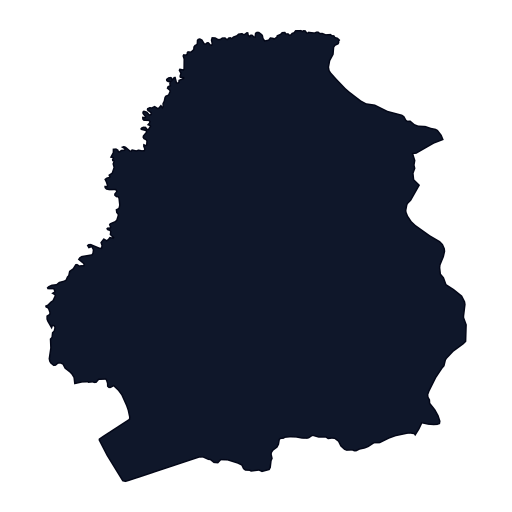 Gemena, Équateur, Democratic Republic of the Congo (Mercator projection)
{"feature_id": "63176286B43464771754704", "entity_name": "Gemena", "entity_type": "district", "adm_level": 2, "iso_a3": "COD", "parent_name": "Democratic Republic of the Congo", "parent_adm1": "Équateur", "projection": "mercator", "projection_center": [19.592, 3.435], "detail": "fine", "context": "isolated", "style": "filled", "palette": "ink", "viewbox_px": 512, "rotation_deg": 0, "n_neighbors": 0, "source": "geoboundaries", "source_scale": "gbopen_adm2", "svg_char_len": 5913}
<svg xmlns="http://www.w3.org/2000/svg" viewBox="0 0 512 512"><path d="M165.9,96.2L165.1,97.4L164.3,101.2L163.1,103.5L163.2,106.4L162.3,107.8L160.9,105.7L158.9,108.1L157.8,108.6L154.6,106.6L151.6,108.1L149.9,107.7L147.7,108.7L147.5,109.5L147.9,110.3L151.0,112.6L151.3,113.6L150.7,114.8L149.2,114.9L146.8,112.2L143.9,111.3L143.0,112.1L143.1,113.5L145.7,116.7L145.3,117.7L142.8,117.4L142.9,119.1L143.9,120.2L148.9,120.4L150.0,121.5L149.7,122.9L148.1,124.7L150.3,125.6L150.5,126.4L148.4,129.6L147.0,129.4L145.5,127.4L143.4,127.3L141.9,127.9L141.1,128.8L141.3,129.3L145.6,130.4L146.4,131.0L146.6,132.2L143.5,135.9L143.2,137.2L144.0,138.6L146.4,139.8L147.0,141.1L146.7,145.0L145.7,145.6L143.9,144.8L143.8,146.2L144.9,149.1L144.3,150.7L141.9,150.9L138.5,150.2L136.3,151.0L132.1,150.0L131.2,151.3L129.8,151.0L125.5,147.3L123.8,146.7L122.5,147.2L125.0,148.7L125.1,149.5L124.3,150.3L121.4,150.5L119.1,152.2L118.4,151.8L117.8,150.2L116.0,149.1L113.4,149.3L113.4,152.6L111.0,157.1L113.3,157.6L113.5,158.2L112.6,159.6L112.8,160.6L114.0,160.6L114.2,161.2L113.2,163.9L114.2,167.4L112.3,173.1L109.2,175.2L110.0,176.7L109.5,177.4L106.8,178.2L105.2,179.4L106.5,182.1L107.5,185.3L107.2,186.6L105.1,186.5L105.2,187.6L106.5,189.0L109.4,189.6L115.7,189.5L117.0,191.4L114.9,194.0L114.9,195.2L116.5,196.6L118.4,196.8L119.1,198.5L119.8,205.0L119.3,207.6L118.6,208.7L116.4,209.8L116.8,212.5L118.2,214.1L118.3,215.5L116.9,220.1L115.3,221.7L110.3,223.8L109.7,224.7L110.7,227.1L110.3,228.0L107.6,228.2L107.1,228.8L108.0,229.8L109.8,230.2L110.8,231.5L110.4,234.5L113.6,237.6L113.1,238.3L109.9,237.6L108.5,239.5L106.7,240.8L103.8,239.1L101.1,242.6L102.1,245.5L101.6,248.3L99.5,248.3L90.7,244.6L88.8,244.7L87.7,245.5L88.9,247.6L91.8,246.5L93.5,249.8L93.0,253.4L92.0,254.9L81.8,256.6L79.9,257.8L78.8,259.4L83.7,263.4L84.2,264.7L83.8,265.8L80.8,265.8L79.9,266.4L76.9,264.6L75.8,264.8L73.3,268.8L69.7,271.4L68.8,275.7L67.5,277.0L66.2,280.1L64.3,281.2L59.3,282.5L56.7,284.7L51.8,285.3L48.8,286.7L47.6,287.8L48.0,288.6L53.9,288.7L55.1,291.8L52.7,293.3L54.8,294.5L55.4,295.7L53.0,300.8L51.0,302.1L47.9,305.2L45.9,306.1L46.2,307.0L47.9,307.7L48.9,309.2L50.1,312.8L49.7,314.5L47.1,316.1L47.1,319.1L47.9,321.2L51.6,327.6L52.3,325.4L54.4,325.8L55.1,327.7L54.2,331.2L52.6,332.7L52.1,337.4L50.5,339.1L50.9,348.0L49.3,358.7L49.8,361.1L50.8,362.9L53.7,365.3L55.5,365.1L57.8,363.1L60.4,362.9L63.0,364.0L65.2,368.2L70.0,371.9L72.0,374.0L74.1,377.4L74.8,383.5L82.0,381.9L87.8,381.7L88.4,382.2L92.6,381.8L94.5,382.4L96.1,382.2L98.6,379.3L105.7,379.0L106.6,380.1L107.6,383.2L107.7,386.2L109.0,387.4L110.4,387.4L113.7,385.6L118.5,390.2L121.9,394.8L126.7,405.5L128.3,410.1L129.8,417.2L129.5,419.4L103.3,436.4L99.4,439.1L99.3,440.0L107.2,455.3L122.8,480.7L125.5,481.3L128.6,480.4L199.1,457.0L203.1,456.9L208.4,459.3L210.4,459.5L214.0,462.4L217.8,462.7L220.7,459.6L227.6,459.8L237.8,463.0L241.9,465.0L243.6,468.6L245.4,470.0L249.7,470.2L251.1,471.0L259.0,470.0L262.0,471.4L269.1,469.5L270.2,467.4L271.0,460.6L272.0,458.4L271.0,454.0L271.5,452.1L273.0,450.0L276.9,447.1L278.4,444.3L279.2,439.6L280.3,438.4L283.5,438.1L284.8,437.2L290.1,436.7L296.2,436.9L302.1,438.0L307.1,438.1L308.7,437.7L311.9,435.5L313.3,435.4L318.7,437.0L326.0,437.0L328.2,438.5L331.9,438.0L334.8,438.3L338.6,441.2L340.9,445.9L344.5,449.2L346.7,450.1L351.0,449.9L352.8,450.0L354.2,450.7L356.1,450.7L359.5,449.0L364.6,447.9L368.1,446.5L373.9,442.7L379.6,442.6L388.9,438.0L395.5,435.6L407.4,433.1L410.7,433.0L414.4,433.6L415.2,434.8L418.8,429.0L421.8,422.7L428.3,424.1L433.7,424.5L437.1,424.3L439.4,423.5L439.8,421.2L438.0,415.7L434.8,409.9L429.6,403.3L429.4,399.9L427.9,397.2L427.6,394.6L428.9,391.0L435.7,377.4L441.9,368.1L443.9,365.8L445.3,360.0L446.3,358.3L453.0,351.2L463.2,343.7L465.6,341.3L466.1,324.8L463.5,317.7L463.5,316.0L464.9,304.5L464.5,301.8L461.6,296.1L453.5,289.6L445.9,284.7L443.4,277.8L440.3,274.1L439.6,267.7L439.9,264.9L443.3,256.6L444.5,251.3L444.2,248.7L442.4,244.6L439.6,241.7L429.7,235.9L415.1,225.5L411.1,221.7L407.5,216.3L405.9,212.3L405.7,210.3L406.8,204.6L407.6,203.2L410.6,200.2L419.1,185.2L413.6,179.8L412.9,173.2L414.7,168.3L413.9,165.1L414.7,160.5L412.5,153.5L416.1,153.1L433.7,143.0L442.8,139.5L441.1,135.3L437.4,130.5L435.4,129.4L430.8,128.5L425.3,126.6L418.0,126.2L414.2,124.7L410.1,121.2L407.4,121.4L405.9,120.5L403.8,116.7L401.8,115.3L387.4,111.5L374.7,105.2L365.9,103.9L360.6,101.0L349.0,92.1L345.1,88.7L336.3,79.5L330.5,73.0L329.0,70.6L328.4,67.2L329.6,60.6L333.0,54.3L333.6,47.1L335.0,45.2L338.0,43.8L338.6,42.6L338.5,41.2L339.3,40.1L337.4,38.3L334.9,37.6L333.8,35.9L331.8,35.8L330.5,34.6L325.7,34.9L322.2,33.5L319.8,33.6L318.1,32.2L316.6,32.2L314.5,33.1L308.6,32.4L307.8,33.2L306.7,33.0L305.1,30.9L303.4,30.8L302.6,31.5L300.9,30.7L295.6,30.8L294.1,32.8L292.2,33.4L290.7,35.1L289.4,35.3L288.0,33.9L286.0,34.1L284.8,32.5L282.2,32.7L280.6,34.4L277.3,35.8L276.9,37.2L274.1,39.1L273.2,38.4L270.4,38.0L268.7,40.2L264.7,41.0L262.9,38.5L262.4,35.8L261.7,34.7L258.8,32.5L257.0,32.4L255.6,33.3L255.1,37.2L254.1,37.2L252.1,35.3L250.9,35.2L250.3,35.6L250.2,36.7L249.7,36.7L248.2,35.3L247.7,32.9L246.7,32.9L245.2,34.2L243.6,34.7L242.0,33.7L238.6,34.2L236.9,35.8L233.4,37.1L231.9,38.6L230.3,37.8L228.7,38.1L227.5,39.5L226.5,39.4L225.0,38.0L222.3,38.1L220.3,39.5L218.0,39.6L215.2,38.0L212.2,37.8L211.5,40.1L212.3,43.8L211.6,45.3L210.4,45.1L208.3,42.8L207.2,42.8L205.5,44.2L204.2,43.9L201.9,40.1L199.8,39.0L198.3,39.4L197.5,40.3L197.3,43.9L196.6,44.8L195.1,45.5L194.0,47.0L193.8,49.6L190.9,52.2L188.0,51.9L187.4,52.6L187.1,54.5L185.6,55.1L183.7,54.9L183.2,56.0L184.2,59.0L184.1,69.0L183.3,70.0L179.9,69.3L179.4,70.3L181.0,73.3L180.1,76.2L180.4,77.2L183.6,77.5L183.6,78.5L179.1,80.4L178.9,82.5L177.7,83.2L176.4,82.7L175.1,77.5L174.2,77.6L172.0,80.5L171.5,78.1L170.8,77.6L168.7,77.9L166.7,79.4L166.8,80.6L168.2,81.5L170.4,81.7L169.9,83.8L170.4,85.7L168.1,86.7L167.5,88.2L169.9,90.2L170.2,91.4L168.6,95.1L165.9,96.2Z" fill="#0f172a" stroke="#020617" stroke-width="1.5"/></svg>